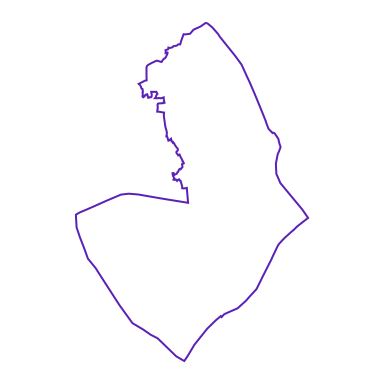 Kano Municipal, Kano, Nigeria
{"feature_id": "59680162B28367664307560", "entity_name": "Kano Municipal", "entity_type": "district", "adm_level": 2, "iso_a3": "NGA", "parent_name": "Nigeria", "parent_adm1": "Kano", "projection": "robinson", "projection_center": [8.516, 11.984], "detail": "fine", "context": "isolated", "style": "outline", "palette": "violet", "viewbox_px": 384, "rotation_deg": 0, "n_neighbors": 0, "source": "geoboundaries", "source_scale": "gbopen_adm2", "svg_char_len": 3805}
<svg xmlns="http://www.w3.org/2000/svg" viewBox="0 0 384 384"><path d="M280.6,147.1L279.4,143.5L278.3,138.7L274.5,133.2L273.1,132.6L272.5,133.0L270.8,131.3L270.6,130.9L268.6,129.0L266.9,124.6L266.7,124.2L266.0,121.8L263.0,114.2L259.5,105.6L254.8,94.2L249.7,82.3L247.0,76.6L241.6,64.7L236.8,58.1L234.7,55.3L231.9,51.8L224.1,42.1L219.8,36.7L218.0,33.9L212.3,27.4L207.5,23.4L205.5,23.0L200.6,26.5L193.5,29.7L190.0,33.8L185.3,34.4L183.6,34.2L181.4,40.3L180.2,44.4L178.9,44.3L178.1,44.4L176.9,45.6L173.4,46.2L172.6,47.2L170.0,48.0L168.4,47.6L168.3,48.9L167.9,49.4L166.4,49.8L166.0,50.1L165.5,50.2L165.6,50.8L165.7,51.1L165.7,51.6L165.6,53.0L166.8,52.5L167.5,52.5L167.6,52.9L167.2,54.3L166.1,56.5L165.7,57.4L164.8,58.4L163.7,58.9L163.1,59.8L162.7,60.3L162.2,61.0L161.5,62.0L160.4,61.7L157.6,60.8L156.6,60.7L155.5,61.1L154.3,61.8L153.9,61.9L150.7,63.5L149.4,64.2L148.0,65.0L147.0,66.0L146.6,67.2L146.5,67.3L146.5,76.0L146.6,78.6L146.6,80.4L144.9,80.7L138.7,83.9L139.9,84.9L140.5,85.8L140.7,86.3L141.0,86.9L141.1,87.4L141.4,88.0L141.7,88.8L142.5,89.0L142.9,91.6L142.9,92.0L142.6,92.2L142.6,93.1L142.8,94.5L142.6,95.3L142.5,96.6L143.2,97.2L144.0,96.3L144.5,96.4L144.6,96.0L145.0,95.5L145.1,95.2L145.8,94.7L147.2,94.2L147.3,94.3L147.5,95.2L147.6,95.5L147.4,95.5L147.8,96.5L148.2,97.4L148.4,97.7L148.4,97.8L149.2,97.6L149.8,97.2L151.2,97.2L151.5,97.0L151.6,95.9L151.7,95.6L151.8,94.6L151.6,93.8L151.4,93.0L151.2,91.8L155.2,91.9L156.3,91.8L156.5,92.1L156.6,92.5L157.2,93.3L157.4,93.8L156.9,94.2L156.5,95.3L156.2,95.8L155.7,97.3L155.0,98.2L156.7,98.2L157.6,98.3L158.9,98.0L160.4,98.3L161.3,98.1L161.7,98.0L162.2,97.9L163.7,97.4L163.7,99.1L164.1,100.9L164.5,102.6L163.4,102.6L163.4,103.1L162.0,103.1L161.4,103.4L160.4,103.3L159.4,103.4L158.0,103.6L157.7,104.0L157.7,104.3L157.5,105.0L157.5,105.8L157.6,106.4L157.8,106.8L157.7,108.4L157.5,108.6L157.5,109.1L157.6,109.6L157.4,110.2L157.2,110.9L157.3,111.7L157.8,111.6L158.7,111.7L164.1,112.6L163.9,113.7L163.9,116.4L164.1,117.8L165.3,126.4L166.0,129.0L166.6,131.1L166.9,132.8L166.8,133.8L166.4,136.2L167.0,136.1L167.5,137.7L168.4,140.7L169.4,140.3L169.6,140.1L169.7,139.8L170.0,139.6L171.0,138.7L171.3,139.8L171.6,141.5L172.7,141.5L173.0,142.2L173.1,143.1L174.0,143.1L174.3,143.6L175.0,145.2L175.8,146.3L176.9,147.8L177.6,148.5L177.9,149.3L177.9,149.8L177.6,150.7L176.5,151.6L176.4,152.7L176.9,153.6L177.5,154.1L178.2,155.4L179.6,154.6L180.8,157.5L182.0,159.4L182.5,161.4L183.1,161.5L183.8,163.4L182.0,164.2L182.5,167.0L180.7,169.2L180.3,168.8L179.0,169.5L178.6,170.7L177.9,172.1L177.5,172.2L176.6,173.8L175.7,174.2L174.2,175.0L173.6,173.0L172.5,173.2L172.9,175.7L174.3,178.2L173.5,179.6L174.2,179.8L174.4,179.9L174.7,179.9L175.4,179.8L175.6,179.6L175.8,179.5L176.3,179.7L176.5,180.0L177.1,180.9L177.7,180.2L178.5,179.7L178.7,179.4L179.2,179.3L179.4,179.6L179.6,180.3L180.1,180.8L180.4,180.8L180.7,181.1L182.2,186.5L182.2,188.3L183.6,188.4L184.5,188.4L186.8,187.9L187.0,190.5L188.1,202.8L167.6,199.5L158.5,198.0L147.6,196.1L138.4,194.5L128.7,193.7L121.0,194.6L106.6,200.7L88.6,208.7L79.4,212.6L75.9,214.7L76.0,217.3L76.6,227.4L76.6,227.5L80.0,237.5L83.9,247.5L84.3,248.6L87.9,258.6L95.7,268.2L98.8,273.1L106.0,284.3L119.5,305.2L132.5,323.2L143.3,329.6L150.9,334.9L151.0,334.9L154.1,336.5L157.6,338.3L176.2,356.3L183.7,360.7L184.3,361.0L187.8,355.8L194.5,344.6L207.2,328.7L211.5,324.5L215.8,320.3L220.8,316.1L221.6,317.1L224.2,314.2L228.0,312.5L237.6,308.3L245.1,301.5L246.1,300.6L249.5,296.7L256.4,289.2L256.6,288.9L260.9,280.3L261.9,278.1L268.3,265.5L271.5,259.2L272.9,256.0L273.0,255.8L277.9,245.6L279.2,243.7L282.2,240.4L285.5,237.1L291.4,231.8L293.6,230.0L297.0,226.6L303.7,221.3L308.1,217.9L302.2,209.4L280.3,183.0L278.5,178.7L276.4,174.0L276.0,166.9L275.9,163.5L277.2,156.8L277.7,154.2L279.2,150.9L280.6,147.1Z" fill="none" stroke="#5b21b6" stroke-width="2"/></svg>